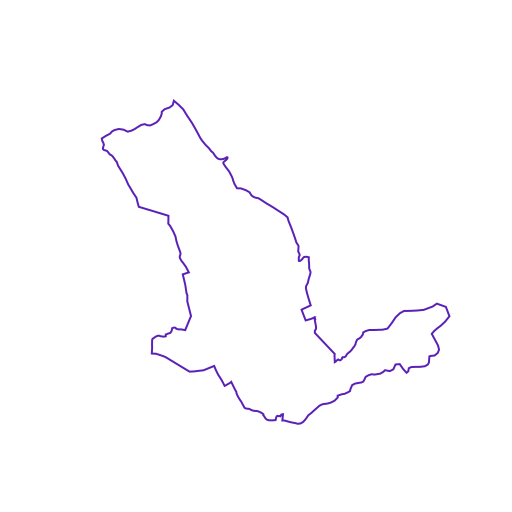 Teteles de Avila Castillo, Puebla, Mexico, rotated 240°
{"feature_id": "50627088B73546820144927", "entity_name": "Teteles de Avila Castillo", "entity_type": "district", "adm_level": 2, "iso_a3": "MEX", "parent_name": "Mexico", "parent_adm1": "Puebla", "projection": "albers", "projection_center": [-97.454, 19.852], "detail": "fine", "context": "isolated", "style": "outline", "palette": "violet", "viewbox_px": 512, "rotation_deg": 240, "n_neighbors": 0, "source": "geoboundaries", "source_scale": "gbopen_adm2", "svg_char_len": 6067}
<svg xmlns="http://www.w3.org/2000/svg" viewBox="0 0 512 512"><g transform="rotate(240 256 256)"><path d="M431.5,262.5L428.3,259.3L427.8,255.5L428.8,250.4L428.3,247.7L428.0,246.5L426.4,245.5L424.6,243.6L422.4,239.9L421.5,236.9L421.6,233.0L422.0,229.6L423.6,227.3L425.8,225.6L426.9,222.2L426.8,217.4L426.6,214.5L426.8,211.0L427.8,207.1L431.7,204.4L434.6,200.7L435.8,196.5L435.9,193.9L434.9,190.6L435.1,186.4L434.9,181.2L432.4,180.4L430.6,180.4L428.4,179.9L427.3,178.8L426.3,177.6L425.2,176.9L423.7,177.4L422.5,178.6L421.3,179.6L418.3,180.0L416.6,180.4L415.8,181.0L414.5,181.6L412.7,181.8L411.1,182.0L408.4,182.1L407.4,182.5L403.0,181.7L394.6,182.0L388.3,181.8L381.7,181.1L376.6,181.2L371.9,181.2L366.3,181.6L361.2,180.1L357.2,179.1L334.6,200.3L327.8,196.2L325.0,196.7L318.5,196.6L313.1,196.0L308.9,194.6L304.2,193.5L297.6,192.4L295.9,191.9L294.7,190.9L294.0,189.9L292.4,189.1L289.5,189.0L286.6,189.4L281.5,189.9L275.4,189.6L276.7,183.4L266.6,180.4L258.7,177.3L256.3,176.9L251.0,173.8L236.5,169.7L227.2,157.6L227.5,157.3L229.2,155.3L230.3,153.9L231.1,152.3L232.8,150.6L233.2,150.5L234.0,150.4L234.4,150.1L235.0,149.2L235.2,148.4L235.4,147.4L234.3,146.3L233.1,145.2L232.4,143.7L232.3,143.1L232.9,140.3L232.9,139.1L233.1,138.6L231.6,137.7L231.8,136.9L232.1,136.2L232.9,134.9L234.0,133.5L235.7,131.9L236.1,130.5L236.3,129.0L236.1,126.5L236.0,125.0L235.1,124.0L231.1,121.6L228.5,120.2L226.1,118.6L223.6,117.0L221.3,120.6L216.9,124.5L214.9,126.2L213.7,127.1L189.1,140.6L186.9,144.9L184.8,149.9L183.6,152.6L183.3,153.2L181.7,164.8L177.3,164.2L172.2,163.9L165.6,164.2L159.2,163.9L159.1,164.8L159.1,167.9L159.1,170.3L159.3,171.3L159.4,171.6L151.9,171.1L148.1,171.0L147.4,170.7L146.3,170.4L144.7,170.2L142.9,170.1L141.2,170.1L139.2,170.2L138.2,170.3L136.8,170.4L135.2,170.3L130.9,170.2L130.2,170.2L128.9,171.1L128.2,172.0L127.4,173.2L126.4,174.1L125.5,174.6L125.2,174.8L124.8,175.1L124.3,175.5L123.7,176.0L123.3,176.5L122.9,176.9L122.5,177.5L122.2,177.9L121.6,178.9L120.6,180.0L119.6,180.8L119.3,181.1L118.6,181.5L118.1,181.9L117.4,182.3L117.0,182.5L116.5,182.8L116.1,183.0L115.5,183.2L115.2,183.3L114.6,182.7L113.4,182.9L111.8,183.0L110.6,183.0L109.5,183.4L108.5,183.8L107.8,184.6L107.1,185.3L106.4,186.5L105.1,188.7L104.5,190.1L104.1,190.9L104.8,191.6L105.6,192.2L106.2,192.9L106.8,193.8L106.8,194.7L106.0,195.4L105.7,196.4L105.5,196.5L105.3,196.7L105.5,196.8L105.5,197.1L105.6,197.7L105.5,198.0L105.7,198.3L105.4,198.4L105.5,198.7L105.6,199.1L105.8,199.8L105.5,200.3L100.4,196.6L99.7,197.8L98.6,199.1L96.3,201.3L93.9,203.8L92.0,206.1L89.7,208.4L88.7,210.9L88.7,213.8L90.1,218.0L91.9,221.6L92.4,225.4L93.3,229.5L93.9,232.5L94.6,236.1L94.5,238.6L94.0,240.6L93.2,242.3L92.3,244.7L91.6,247.7L91.4,251.6L92.5,255.9L94.2,256.9L93.3,261.4L92.3,263.9L92.0,267.8L92.0,269.9L93.4,271.1L96.1,274.7L96.0,277.9L94.8,281.4L93.8,284.0L93.6,286.1L94.9,288.3L96.5,290.5L96.5,293.5L95.9,296.8L93.9,299.6L93.3,301.3L92.0,304.8L92.0,308.3L92.6,310.5L91.5,311.9L89.4,314.3L89.2,318.3L92.3,322.6L90.5,326.4L84.8,326.9L79.6,328.0L80.0,330.2L82.4,332.2L82.2,334.9L80.4,338.4L78.0,342.6L76.1,347.1L76.1,350.5L77.3,352.5L82.4,356.0L82.0,357.6L80.5,360.9L81.2,365.0L83.4,367.7L86.1,368.5L87.5,368.9L100.7,369.3L102.0,373.0L102.8,377.3L103.2,380.8L104.6,387.0L107.1,393.4L117.0,395.0L124.3,388.8L123.9,383.7L125.5,374.3L128.3,368.1L131.6,361.7L134.4,356.7L134.5,352.1L133.1,346.3L129.9,339.7L127.4,333.6L128.8,329.0L133.0,321.0L135.3,317.1L136.1,313.8L136.2,310.7L134.4,309.0L134.1,307.8L133.9,307.6L133.7,307.4L133.5,307.2L133.4,306.7L133.3,306.4L133.3,306.1L133.2,305.8L133.1,305.6L133.1,305.2L133.0,304.9L132.9,304.3L133.0,303.8L133.1,303.1L133.0,302.2L132.9,301.8L132.7,301.2L131.0,299.1L130.5,298.6L130.0,298.2L129.4,297.3L129.1,296.8L128.7,296.1L128.3,295.3L128.1,294.4L127.1,292.5L126.7,291.2L126.2,289.8L126.2,289.1L126.0,288.5L126.0,288.0L125.8,287.4L125.8,286.9L125.6,286.0L125.4,285.6L125.1,285.0L124.4,283.7L124.2,283.5L124.2,282.8L124.2,282.2L124.2,281.9L124.4,281.5L124.6,281.0L124.9,280.7L125.0,280.5L125.0,280.3L125.0,280.0L124.8,279.7L124.5,279.5L124.2,279.2L124.0,278.9L123.8,278.5L123.7,278.0L123.6,277.7L123.6,277.4L123.6,277.1L123.6,276.9L123.6,276.7L123.9,276.3L124.1,276.1L124.4,275.9L124.6,275.8L125.1,275.5L125.3,275.4L125.3,274.8L125.2,274.5L125.2,274.2L125.1,273.4L125.1,273.1L124.9,272.7L124.7,272.3L124.8,271.9L124.7,271.6L124.7,271.2L128.2,273.0L130.7,274.3L131.8,275.2L160.0,268.5L160.6,268.9L160.8,269.0L161.4,269.3L161.6,269.5L161.8,269.7L161.9,270.0L162.2,270.3L162.4,270.6L162.7,271.2L163.0,271.5L163.4,271.9L164.1,272.3L165.2,272.8L168.0,273.8L171.7,275.1L171.7,275.7L173.2,275.9L173.5,276.4L173.7,276.2L173.7,274.3L174.1,271.9L175.4,266.8L186.7,268.6L186.7,269.2L185.9,278.7L193.4,280.4L195.8,281.0L198.0,281.5L200.6,282.3L203.1,283.1L204.6,284.1L205.9,285.9L206.6,287.2L208.1,288.6L210.2,290.6L211.5,292.1L211.9,292.5L212.5,293.1L212.9,293.6L213.8,294.4L214.5,295.0L215.5,295.4L216.5,295.5L217.4,295.6L218.5,295.8L223.3,298.4L225.5,299.3L228.5,301.1L229.8,299.7L230.7,298.2L231.1,297.1L230.7,295.6L230.1,294.2L229.8,293.1L229.8,291.4L230.3,290.7L232.0,291.5L233.6,292.5L234.7,294.1L235.8,294.6L238.8,294.8L241.3,296.5L243.1,297.7L244.5,297.9L246.8,297.7L248.3,297.9L252.0,298.7L256.1,299.5L263.0,300.7L269.5,301.6L272.7,302.3L273.6,302.7L277.9,301.1L286.1,296.9L288.9,295.5L293.7,292.9L296.4,291.3L301.7,288.7L304.9,286.9L306.1,285.5L307.2,284.3L308.7,283.3L310.4,282.5L312.1,282.3L314.1,282.3L314.9,282.0L318.1,280.1L322.0,276.8L324.2,273.4L329.0,273.4L332.5,273.9L335.3,274.6L338.7,274.9L342.7,275.0L348.7,274.2L352.3,274.0L353.0,274.2L353.6,275.0L353.8,276.5L354.2,278.4L354.6,279.6L355.1,280.3L355.7,280.6L356.1,280.2L356.1,279.3L356.1,277.9L356.4,276.2L356.9,274.7L357.4,273.8L358.4,272.4L360.0,271.4L361.8,270.9L363.7,270.6L366.0,270.5L367.1,270.4L368.9,269.7L369.8,269.5L371.2,269.4L373.4,269.0L376.3,268.2L377.8,267.8L379.8,267.5L382.8,267.0L385.4,266.8L387.5,266.8L392.1,267.0L398.1,267.1L402.9,267.1L408.0,266.8L412.1,266.5L415.1,266.4L419.5,266.3L422.6,265.4L425.7,264.6L428.7,263.5L431.5,262.5Z" fill="none" stroke="#5b21b6" stroke-width="2"/></g></svg>